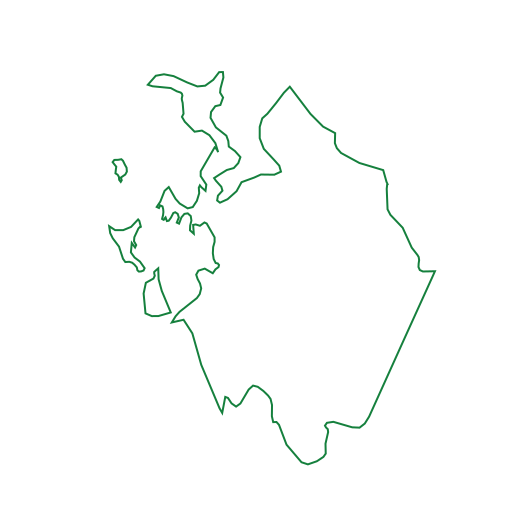 the border of Bocas del Toro, rotated 205°
{"feature_id": "PAN-1958", "entity_name": "Bocas del Toro", "entity_type": "Province", "adm_level": 1, "iso_a3": "PAN", "parent_name": "Panama", "parent_adm1": "", "projection": "natural_earth1", "projection_center": [-82.341, 9.206], "detail": "fine", "context": "isolated", "style": "outline", "palette": "green", "viewbox_px": 512, "rotation_deg": 205, "n_neighbors": 0, "source": "natural_earth", "source_scale": "10m", "svg_char_len": 3514}
<svg xmlns="http://www.w3.org/2000/svg" viewBox="0 0 512 512"><g transform="rotate(205 256 256)"><path d="M127.6,88.3L148.6,97.9L163.8,112.7L167.3,114.2L170.2,112.7L173.9,117.5L178.5,127.7L182.4,132.6L186.0,134.6L192.3,136.8L199.1,138.2L203.9,137.3L206.2,131.9L207.8,115.7L210.4,111.1L215.9,112.1L221.4,115.5L224.3,115.3L220.3,99.5L224.6,102.5L259.6,134.2L281.0,159.0L294.7,167.6L304.2,160.2L303.4,167.4L301.7,173.1L291.8,192.9L290.9,197.7L292.0,203.5L295.1,207.4L299.2,210.5L302.3,213.8L302.0,218.4L297.1,222.9L287.9,222.1L287.1,226.8L285.3,230.1L285.7,232.2L287.5,233.1L289.6,232.6L293.1,235.4L296.3,240.3L298.6,246.0L299.5,251.3L301.4,255.4L314.4,264.6L316.9,264.6L319.6,259.7L324.0,259.1L326.1,257.6L321.8,249.9L326.7,251.4L328.5,255.7L329.5,260.8L332.0,264.6L335.9,265.8L338.7,263.9L339.9,259.5L339.4,252.8L341.9,252.8L342.2,258.3L344.8,261.1L347.7,261.5L349.1,260.0L349.3,254.8L350.0,251.1L351.5,250.0L354.3,252.8L354.7,251.5L354.6,250.3L355.1,249.7L356.8,249.9L357.5,253.7L358.5,256.7L359.9,259.2L361.7,261.4L364.2,261.4L364.2,258.5L366.7,258.5L365.7,264.9L366.4,276.4L364.2,281.6L353.1,273.8L347.3,271.3L338.1,270.3L334.0,273.6L332.9,281.0L334.0,288.9L336.7,293.7L336.7,296.3L334.7,295.3L329.3,293.7L331.2,299.7L339.9,305.0L341.9,309.4L339.4,337.0L337.8,336.5L336.7,336.1L335.7,335.4L334.2,334.1L340.5,341.1L349.3,345.8L358.0,346.8L364.2,342.7L377.3,347.6L381.9,350.8L381.8,354.3L387.2,363.8L389.1,366.1L389.9,367.5L390.5,370.3L391.8,371.8L393.3,372.3L397.3,371.8L404.2,372.2L421.5,366.1L426.4,365.5L425.8,367.5L423.0,377.0L416.2,381.8L406.7,384.2L391.7,384.2L380.8,384.9L374.0,388.9L369.2,397.6L367.1,407.1L363.7,408.7L361.0,404.0L359.0,392.9L357.6,388.9L352.8,385.7L352.1,377.8L356.2,374.6L357.6,367.5L355.6,362.0L346.7,355.6L333.7,352.5L329.7,348.5L326.9,343.7L319.4,342.2L311.9,339.0L311.3,332.7L313.3,326.3L318.8,321.6L323.5,314.4L326.9,308.9L324.2,307.3L316.7,304.1L314.0,301.0L316.0,294.6L314.7,289.9L311.2,289.1L305.8,295.4L301.0,306.5L300.3,316.8L290.8,326.3L286.0,331.9L273.8,337.4L269.0,343.0L273.1,347.7L280.6,350.9L294.2,356.4L302.4,364.3L307.2,374.6L308.5,383.4L305.8,389.7L302.4,403.2L299.7,415.8L296.9,423.7L266.7,407.8L249.9,401.6L236.2,400.8L232.2,391.6L228.3,387.9L222.4,385.3L201.6,384.0L177.0,387.6L169.1,378.4L167.0,376.6L167.3,376.1L165.9,372.1L156.5,353.9L151.6,350.1L135.0,343.6L118.4,329.4L110.2,325.2L108.1,323.8L106.4,321.2L105.4,317.9L104.1,314.7L101.6,312.5L98.2,312.5L87.4,317.8L87.3,313.1L86.6,243.9L86.0,193.2L85.6,158.2L86.6,150.1L89.6,144.2L96.4,141.4L115.8,138.4L121.2,134.8L121.8,131.4L120.1,130.2L117.8,129.4L116.2,126.9L113.7,115.3L109.3,106.4L110.0,102.4L114.1,95.7L120.9,89.1L127.6,88.3ZM309.4,168.8L319.1,160.3L325.0,157.5L331.9,157.3L342.0,174.5L344.5,185.2L339.4,192.2L339.4,195.3L341.0,197.4L341.5,198.5L340.9,200.1L339.4,203.5L334.4,193.7L326.7,184.6L309.4,168.8ZM384.1,206.6L393.3,211.5L397.8,215.1L401.7,221.0L394.6,219.9L387.3,223.3L381.5,229.6L378.3,239.3L376.6,238.5L372.7,233.8L372.8,233.4L373.6,233.1L374.2,231.2L374.2,221.6L372.8,217.8L369.2,215.3L369.2,212.6L374.1,215.3L370.9,206.4L365.4,203.3L358.8,201.9L351.8,197.9L351.8,195.3L353.8,193.3L355.7,192.4L357.5,193.0L359.2,195.3L362.5,196.8L365.4,197.6L368.4,197.2L371.9,195.3L375.4,197.3L384.1,206.6ZM411.6,270.0L409.7,267.9L409.9,266.0L412.2,267.2L413.7,269.8L415.8,271.2L418.3,271.5L419.5,275.0L420.4,277.9L422.9,279.1L425.6,280.5L425.0,283.2L421.6,284.9L418.9,286.8L416.8,286.1L413.5,283.4L410.6,281.3L408.7,277.9L408.9,274.6L411.6,270.0Z" fill="none" stroke="#15803d" stroke-width="2"/></g></svg>